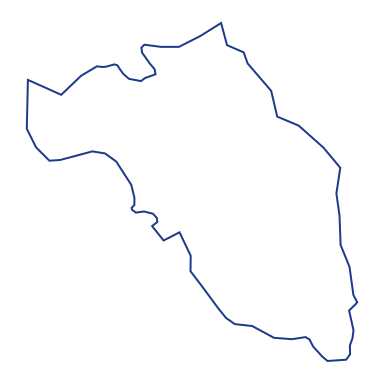 map outline of Kocenu (orthographic projection)
{"feature_id": "LVA-5788", "entity_name": "Kocenu", "entity_type": "Municipality", "adm_level": 1, "iso_a3": "LVA", "parent_name": "Latvia", "parent_adm1": "", "projection": "orthographic", "projection_center": [25.157, 57.529], "detail": "fine", "context": "isolated", "style": "outline", "palette": "blue", "viewbox_px": 384, "rotation_deg": 0, "n_neighbors": 0, "source": "natural_earth", "source_scale": "10m", "svg_char_len": 1038}
<svg xmlns="http://www.w3.org/2000/svg" viewBox="0 0 384 384"><path d="M49.4,160.7L36.1,147.4L26.8,128.8L27.9,79.9L61.2,94.8L81.2,75.7L97.0,66.3L102.5,67.0L106.0,66.7L114.3,64.4L117.4,65.3L119.7,68.9L123.1,73.7L128.9,78.8L141.0,81.1L144.9,78.1L155.5,74.3L154.6,69.2L150.0,63.8L142.1,52.7L141.4,47.7L144.4,44.7L161.2,46.9L178.9,46.9L200.5,35.9L221.1,23.0L227.0,45.1L243.7,52.4L247.6,63.4L271.2,90.9L277.2,116.6L298.8,125.7L323.5,147.7L340.3,167.8L336.4,193.5L339.5,215.5L340.6,244.9L349.5,266.9L353.4,295.0L357.2,302.3L355.8,304.0L349.1,310.5L353.5,330.3L352.5,338.1L349.9,345.5L350.1,354.3L346.1,359.7L327.5,361.0L322.2,356.5L313.2,346.6L309.5,339.5L305.6,337.1L291.9,339.2L274.0,337.8L252.1,326.0L234.8,324.1L226.1,318.0L218.3,308.4L202.6,287.1L190.5,271.2L190.7,255.7L179.5,232.3L163.6,240.5L152.1,226.1L157.3,222.0L156.8,217.9L152.9,213.7L144.0,211.5L135.9,212.6L132.1,209.8L131.6,207.9L134.4,204.9L134.4,197.6L131.3,184.9L116.2,161.5L104.9,153.4L92.3,151.4L60.0,160.0L49.4,160.7Z" fill="none" stroke="#1e3a8a" stroke-width="2"/></svg>